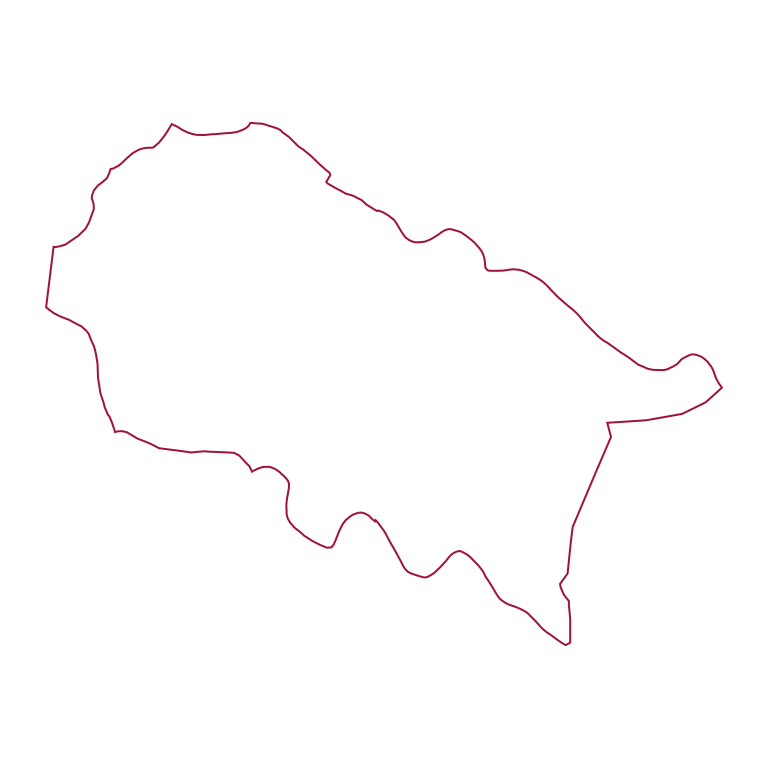 outline of La Courville, Micoud, Saint Lucia
{"feature_id": "8701671B31446207074709", "entity_name": "La Courville", "entity_type": "district", "adm_level": 2, "iso_a3": "LCA", "parent_name": "Saint Lucia", "parent_adm1": "Micoud", "projection": "orthographic", "projection_center": [-60.926, 13.81], "detail": "fine", "context": "isolated", "style": "outline", "palette": "rose", "viewbox_px": 768, "rotation_deg": 0, "n_neighbors": 0, "source": "geoboundaries", "source_scale": "gbopen_adm2", "svg_char_len": 6098}
<svg xmlns="http://www.w3.org/2000/svg" viewBox="0 0 768 768"><path d="M171.8,124.1L166.8,132.3L164.1,136.2L159.2,142.4L154.6,146.4L153.0,147.6L145.7,147.9L141.4,148.8L138.4,149.9L136.5,150.9L132.2,153.5L128.6,156.7L124.1,160.8L121.4,163.4L118.3,165.9L115.4,167.3L113.6,168.4L110.5,169.1L109.3,172.9L107.0,178.1L102.4,182.2L98.0,185.4L94.0,190.2L92.3,194.7L91.7,198.0L93.6,204.0L93.8,209.2L89.1,222.2L85.6,228.7L78.0,236.0L65.2,244.7L59.1,246.4L55.3,247.1L53.6,246.8L46.1,307.2L49.7,310.2L53.9,313.2L60.8,316.7L69.4,320.0L77.2,324.3L81.2,326.2L86.2,330.6L88.7,333.8L91.0,339.9L94.0,346.3L95.3,351.1L96.1,355.0L97.5,363.4L98.0,377.7L99.9,389.8L100.5,393.5L103.8,403.4L104.5,406.7L107.8,414.5L109.5,416.6L112.0,422.7L115.2,432.2L117.3,431.4L121.7,431.1L126.7,432.2L137.7,438.7L145.0,441.5L150.7,443.9L159.1,448.2L180.9,451.0L191.4,452.5L192.6,452.4L194.6,452.1L204.1,451.3L209.5,451.7L220.0,452.1L233.9,452.8L239.3,455.6L247.1,464.0L249.0,465.7L252.1,471.7L254.4,470.3L258.0,468.6L262.1,467.2L264.0,466.9L269.9,466.9L274.6,468.7L277.6,470.6L279.8,472.2L281.7,474.2L283.8,475.9L286.4,478.7L287.9,480.8L289.0,483.4L289.0,485.0L288.9,487.9L288.1,492.7L287.7,495.0L287.1,497.9L286.4,503.8L286.4,507.5L286.6,511.3L286.6,514.3L287.8,518.6L290.2,522.7L294.5,527.7L300.5,532.3L302.3,533.9L304.4,535.9L306.8,537.3L309.5,539.1L312.8,541.2L318.5,544.1L321.2,545.4L326.9,547.7L331.4,547.4L333.8,544.3L335.7,540.0L338.0,534.0L339.9,529.7L342.4,524.6L345.6,520.2L348.3,518.0L350.8,516.0L353.9,514.2L358.0,512.9L360.9,512.5L364.7,513.4L368.7,515.6L371.3,518.2L375.0,521.4L375.6,520.2L377.0,521.6L378.9,523.9L379.5,524.9L381.3,527.2L384.0,530.9L384.8,532.2L385.5,533.3L387.1,536.4L388.2,538.5L389.2,540.3L389.6,541.1L390.0,541.9L391.5,544.5L392.0,545.3L392.6,546.3L394.1,548.9L400.7,561.0L401.7,563.0L402.8,565.2L403.6,566.6L404.1,567.5L405.6,569.5L406.9,570.8L408.2,572.0L408.9,572.3L410.4,573.1L412.7,574.0L414.6,574.7L417.9,575.7L419.7,576.3L421.8,576.9L423.6,577.3L425.2,577.5L426.2,577.3L428.0,576.6L428.7,576.3L429.9,575.6L431.3,574.8L434.1,573.0L435.6,571.6L436.3,571.0L437.7,569.6L438.4,569.0L440.7,566.7L443.4,563.7L445.0,562.0L445.5,561.4L446.1,560.8L448.9,557.2L450.4,555.6L451.1,554.9L451.8,554.2L453.2,553.3L454.3,552.6L456.7,551.6L457.6,551.4L458.3,551.2L459.4,551.1L460.2,551.1L461.8,551.7L464.7,553.2L466.4,554.2L467.1,554.6L468.2,555.4L469.4,556.4L471.1,557.9L473.3,560.3L477.2,564.2L478.3,565.3L479.8,567.2L480.6,568.2L481.6,569.5L482.1,570.2L483.6,572.5L484.1,573.7L484.5,574.3L485.3,576.1L485.9,577.1L487.1,578.9L488.3,580.6L489.2,582.1L490.8,584.6L492.5,587.4L494.4,590.5L495.6,592.6L497.3,595.4L499.2,598.0L500.3,599.2L502.8,601.1L504.6,602.3L505.3,602.8L507.8,604.1L509.8,604.9L512.9,606.0L514.0,606.3L514.8,606.6L518.2,608.0L519.8,608.7L520.9,609.2L523.6,610.6L525.2,611.5L526.3,612.2L527.6,613.2L529.0,614.5L530.1,615.7L531.0,616.5L531.8,617.4L533.8,619.3L538.0,623.8L539.6,625.7L540.8,627.0L543.0,629.2L545.1,631.0L547.4,632.7L549.1,633.8L551.0,635.1L553.6,637.0L558.3,640.5L561.6,642.7L564.8,644.6L565.8,645.1L569.0,643.3L570.2,642.5L570.2,618.9L568.9,605.1L568.9,601.1L563.8,594.6L560.6,587.3L560.0,584.0L567.6,573.5L570.8,542.0L572.7,526.9L596.1,471.6L611.0,437.0L607.3,422.8L645.9,420.3L682.1,413.9L705.7,402.3L721.9,387.7L721.4,387.0L718.5,382.8L716.3,378.8L715.1,375.8L713.3,370.7L712.4,368.7L711.3,366.7L708.4,362.9L708.0,362.3L707.0,361.2L705.0,359.4L703.6,358.3L702.7,357.7L701.9,357.2L701.2,356.7L699.2,355.9L697.4,355.2L696.4,354.9L694.5,354.5L693.4,354.4L692.3,354.4L691.2,354.5L690.1,354.9L689.2,355.3L685.5,357.0L682.7,358.5L681.9,359.1L681.1,359.7L680.5,360.4L678.6,362.5L677.9,363.3L677.1,364.0L676.6,364.4L674.8,365.5L673.4,366.4L671.1,367.4L669.0,368.5L667.3,369.3L666.5,369.4L665.5,369.7L664.6,369.9L663.8,370.1L663.1,370.1L654.7,369.9L652.2,369.7L650.6,369.4L647.7,368.7L647.0,368.4L645.5,367.8L644.8,367.4L641.5,366.0L639.9,365.4L638.2,364.6L637.3,363.9L636.6,363.5L635.6,362.7L633.8,361.3L632.9,360.7L631.2,359.3L628.9,357.7L626.7,356.2L626.1,355.8L625.0,355.0L622.3,353.4L618.9,351.1L614.6,347.9L612.2,346.2L609.9,344.6L608.6,343.7L606.5,342.3L604.4,341.1L603.5,340.5L602.4,339.7L599.6,337.6L596.4,334.6L593.9,331.9L591.6,329.7L588.9,326.9L585.9,323.9L584.7,322.6L584.0,321.7L583.3,321.0L580.4,317.3L578.2,314.8L577.2,313.8L575.9,312.5L573.3,310.1L566.0,304.1L558.3,297.4L556.7,295.9L555.2,294.3L553.6,292.6L551.5,290.5L548.6,287.3L545.6,284.2L543.8,282.6L541.5,280.8L540.0,279.8L537.6,278.3L530.8,274.5L527.0,272.4L525.1,271.6L523.5,271.0L521.8,270.5L519.8,270.0L517.2,269.6L515.3,269.4L512.5,269.3L510.7,269.5L509.9,269.6L507.6,269.9L505.7,270.3L503.9,270.5L501.3,270.7L499.5,270.7L498.1,270.8L496.6,270.8L494.8,270.8L492.8,270.8L489.3,270.7L488.4,270.6L487.5,270.1L486.9,269.5L485.9,268.4L485.5,267.7L485.3,267.0L485.2,266.1L484.8,261.3L484.6,260.0L484.4,258.7L484.1,257.4L483.9,256.7L483.5,255.6L482.5,253.0L481.9,251.8L481.5,251.1L481.0,250.4L479.5,248.3L476.2,244.6L474.5,242.7L472.1,240.5L471.2,239.8L470.4,239.2L469.4,238.3L464.7,234.8L461.9,232.9L461.0,232.4L460.0,231.9L458.4,231.3L456.8,230.8L455.2,230.4L453.4,229.8L451.0,229.3L450.1,229.1L449.4,229.1L447.6,229.4L446.8,229.6L446.1,229.8L444.3,230.5L442.8,231.4L441.3,232.4L439.3,233.9L436.0,236.1L432.3,238.4L431.6,238.8L428.2,240.4L426.8,240.9L424.8,241.6L423.7,241.8L422.9,241.9L421.8,242.0L420.6,242.2L419.1,242.2L418.0,242.3L416.1,242.3L415.2,242.2L414.3,242.1L411.4,241.2L409.7,240.4L408.5,239.6L406.7,238.3L405.8,237.6L405.1,236.9L404.5,236.2L403.6,234.9L401.3,231.5L399.8,229.0L397.8,225.6L396.8,223.9L395.9,222.5L394.1,220.0L388.7,215.7L383.6,212.6L378.3,210.4L377.3,211.1L376.2,210.6L366.9,204.9L361.6,200.1L353.2,195.8L345.3,193.4L341.8,191.3L335.8,188.2L327.6,183.5L326.3,181.9L330.2,175.3L329.7,172.9L326.0,170.0L320.4,165.0L310.9,155.9L303.0,149.4L298.6,146.6L295.4,143.4L288.6,136.7L282.6,132.4L280.7,130.3L277.2,128.4L262.8,123.8L250.3,122.9L248.8,125.6L246.1,128.0L242.5,129.9L238.1,131.6L235.4,132.3L230.3,132.9L222.0,133.5L216.8,134.0L211.5,134.3L204.5,135.0L197.1,134.9L193.0,134.2L187.8,132.5L182.3,129.9L177.8,127.0L171.8,124.1Z" fill="none" stroke="#9f1239" stroke-width="2"/></svg>